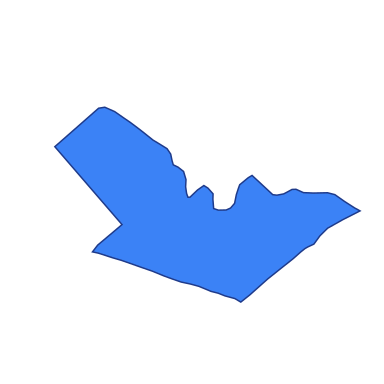 Kampong Cham, Kâmpóng Cham, Cambodia, rotated 49°
{"feature_id": "14789045B1741124947579", "entity_name": "Kampong Cham", "entity_type": "district", "adm_level": 2, "iso_a3": "KHM", "parent_name": "Cambodia", "parent_adm1": "Kâmpóng Cham", "projection": "natural_earth1", "projection_center": [105.447, 11.989], "detail": "fine", "context": "isolated", "style": "filled", "palette": "blue", "viewbox_px": 384, "rotation_deg": 49, "n_neighbors": 0, "source": "geoboundaries", "source_scale": "gbopen_adm2", "svg_char_len": 1165}
<svg xmlns="http://www.w3.org/2000/svg" viewBox="0 0 384 384"><g transform="rotate(49 192 192)"><path d="M307.1,227.4L307.6,215.8L307.5,207.7L307.3,191.8L308.0,175.0L308.7,159.5L308.6,149.3L308.8,144.0L309.4,140.8L311.3,134.2L309.0,124.2L308.3,113.4L311.8,96.4L316.5,77.6L313.6,78.6L310.8,79.7L299.1,83.1L287.7,85.9L281.5,90.2L272.5,101.0L265.6,108.3L258.2,111.7L255.7,114.8L254.5,120.2L253.6,124.0L250.1,130.0L247.0,132.8L222.7,135.4L218.9,135.8L218.1,140.2L217.8,151.2L219.5,154.3L223.1,160.3L228.5,167.3L229.4,173.4L228.0,178.0L223.0,184.0L218.7,186.5L211.2,181.0L207.2,177.3L199.5,177.4L194.9,178.8L194.1,186.5L194.6,196.9L193.3,198.5L189.5,197.0L183.9,193.4L178.7,188.4L171.0,184.9L164.1,186.2L159.2,188.3L155.1,186.4L149.4,183.2L142.9,182.4L134.2,185.1L127.1,187.4L119.3,188.8L110.3,190.5L99.5,192.8L90.6,195.1L80.6,197.6L70.8,202.2L67.5,207.5L67.8,265.8L170.7,266.2L170.2,298.0L171.9,306.4L176.7,302.8L189.5,295.1L197.3,290.1L215.4,279.8L225.5,274.0L237.2,268.1L244.8,263.9L252.8,259.3L260.5,253.5L267.7,248.7L274.5,245.3L277.1,244.0L279.4,242.9L285.6,238.6L292.0,235.3L300.5,229.6L307.1,227.4Z" fill="#3b82f6" stroke="#1e3a8a" stroke-width="1.5"/></g></svg>